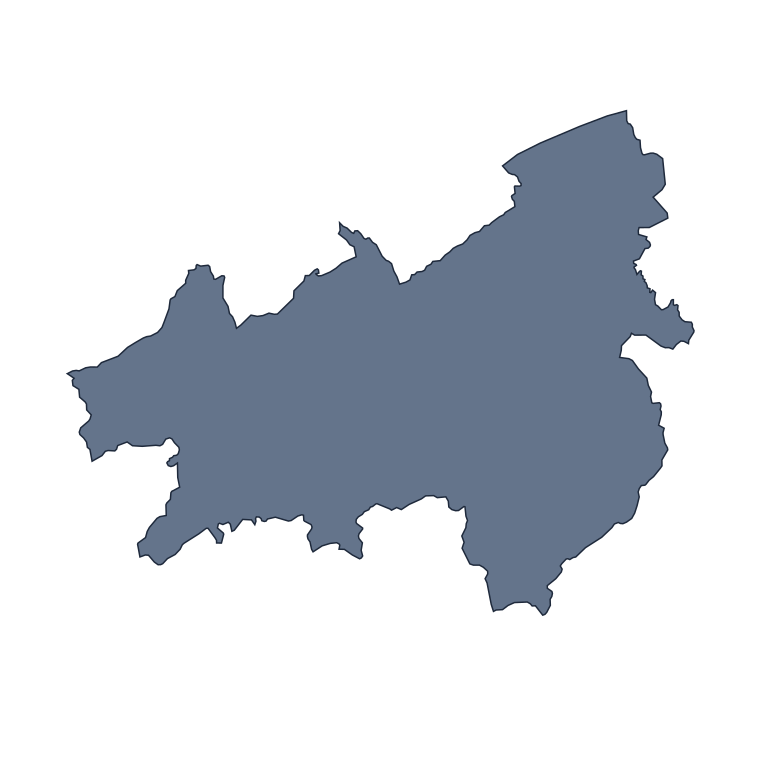 outline of Thanh Son, Phú Thọ, Vietnam, rotated 264°
{"feature_id": "81297802B60314868788909", "entity_name": "Thanh Son", "entity_type": "district", "adm_level": 2, "iso_a3": "VNM", "parent_name": "Vietnam", "parent_adm1": "Phú Thọ", "projection": "robinson", "projection_center": [105.189, 21.087], "detail": "fine", "context": "isolated", "style": "filled", "palette": "slate", "viewbox_px": 768, "rotation_deg": 264, "n_neighbors": 0, "source": "geoboundaries", "source_scale": "gbopen_adm2", "svg_char_len": 6144}
<svg xmlns="http://www.w3.org/2000/svg" viewBox="0 0 768 768"><g transform="rotate(264 384 384)"><path d="M579.0,684.7L584.0,679.3L585.5,675.8L585.7,673.1L584.7,667.0L585.0,665.6L586.4,664.7L592.1,663.8L599.7,664.1L601.0,660.9L603.0,659.6L606.1,658.5L612.9,658.1L616.7,656.1L617.5,654.0L620.4,652.9L630.5,653.7L627.3,634.2L619.7,605.4L607.3,564.7L598.3,540.7L588.5,524.7L580.9,530.0L579.0,533.5L578.6,535.7L576.0,538.4L571.4,539.5L569.0,541.3L567.0,541.0L566.6,539.5L567.2,534.9L566.5,534.3L559.8,534.3L558.0,530.9L557.1,530.4L554.2,531.0L552.0,532.7L546.7,532.7L541.9,522.5L539.8,520.7L538.2,516.3L533.3,508.0L531.0,505.2L530.9,500.4L525.7,494.9L525.0,490.3L522.8,485.1L518.7,481.7L515.0,476.9L513.6,471.5L511.7,467.0L508.5,463.2L505.8,458.3L500.8,452.8L500.8,445.4L498.2,443.2L496.6,438.7L492.9,436.3L491.9,433.6L491.9,428.6L489.6,425.9L489.7,423.0L484.8,420.7L483.0,416.5L481.7,409.9L489.2,408.1L495.2,405.6L502.9,404.1L505.6,401.4L506.7,399.1L511.3,395.5L523.3,390.9L526.1,387.4L530.7,384.7L530.9,383.2L529.9,381.1L530.9,379.3L535.9,376.6L539.2,373.8L539.3,371.0L537.0,369.6L538.1,367.6L542.9,363.6L545.1,359.8L549.0,356.7L541.2,356.4L538.2,354.5L531.1,361.8L526.1,364.6L523.6,368.6L513.4,369.6L508.6,354.8L504.2,348.5L501.0,342.1L498.3,333.3L498.3,330.0L500.1,328.0L500.7,327.8L501.1,330.8L504.3,330.7L505.5,329.6L504.4,326.8L499.7,321.0L500.0,317.1L494.8,315.1L486.1,304.2L478.7,303.0L464.7,285.3L464.8,282.2L466.5,277.0L464.7,270.8L464.5,265.1L466.4,258.9L457.5,247.7L454.8,243.1L461.0,242.2L466.7,240.4L470.3,237.7L477.5,237.0L486.4,232.8L498.8,234.1L506.7,236.7L508.2,236.2L508.6,234.0L505.7,227.4L506.2,225.7L509.1,225.6L513.9,223.3L519.0,222.9L520.5,221.5L520.4,214.0L522.3,210.6L521.6,209.7L518.5,209.0L517.4,207.0L517.3,201.4L514.4,201.4L507.9,197.6L504.9,197.3L498.5,188.2L492.8,185.2L491.0,181.0L489.9,180.1L481.2,178.0L468.4,171.7L463.4,169.1L458.9,164.2L456.1,156.9L455.9,152.9L454.9,149.4L451.1,140.9L447.2,132.8L439.4,122.4L434.8,105.2L430.8,100.6L431.6,93.9L431.3,89.0L428.9,82.2L429.7,79.3L429.5,75.6L427.4,70.1L422.1,76.4L420.2,74.4L414.9,74.5L410.6,80.0L402.7,79.9L397.3,85.0L395.2,86.0L389.3,85.6L383.9,89.6L380.0,88.0L378.1,86.5L372.1,77.8L368.0,75.9L365.5,76.3L361.8,79.6L357.4,82.1L352.0,82.4L349.7,84.7L337.7,85.6L342.3,96.1L346.2,99.8L346.7,102.6L345.6,109.3L347.1,111.2L350.6,112.7L353.2,122.5L348.9,127.4L347.3,137.1L346.9,150.7L346.0,154.7L347.1,157.5L352.0,161.2L352.9,165.2L351.5,167.4L347.6,169.4L342.5,173.4L339.8,173.6L336.2,172.1L334.8,170.3L334.7,167.4L333.2,166.0L332.2,162.9L330.2,162.6L329.4,160.7L328.2,159.8L325.4,160.9L324.2,163.4L324.7,166.2L327.0,170.3L312.6,169.1L302.7,170.0L299.4,161.7L298.1,160.7L291.6,159.5L288.3,155.5L286.6,154.5L276.0,153.7L275.5,147.2L274.1,144.2L265.9,135.7L262.1,133.1L256.2,130.8L251.5,122.7L250.4,122.2L237.5,123.2L238.9,128.8L238.3,131.9L230.9,137.0L227.9,140.4L227.7,143.0L228.4,145.1L233.0,150.4L236.3,158.5L241.0,164.0L245.2,166.6L246.5,168.4L254.4,184.3L259.0,192.0L258.9,193.9L249.0,199.7L246.1,201.1L243.4,200.9L242.8,205.7L251.4,208.9L252.6,208.6L258.2,203.3L262.1,204.6L262.7,205.8L261.1,209.1L262.8,214.7L260.7,216.5L253.4,217.3L254.2,219.8L264.1,229.3L262.7,238.0L257.6,240.8L260.9,242.3L263.6,242.2L265.2,243.2L264.7,246.0L263.0,247.7L260.8,248.2L259.8,250.6L260.0,252.4L261.9,254.0L262.9,262.0L257.7,274.6L257.9,277.4L261.7,284.5L262.5,288.6L261.9,290.2L256.8,290.0L255.9,290.6L251.8,296.8L249.3,297.5L247.4,296.8L241.9,292.1L240.2,291.9L237.9,292.2L234.7,293.9L227.2,294.7L224.5,295.9L229.5,305.6L231.1,313.9L231.1,320.4L229.6,322.6L228.4,323.2L224.4,322.0L223.7,327.3L217.3,334.6L212.7,341.5L213.4,343.3L215.2,344.8L221.0,343.9L228.3,345.9L233.0,342.9L235.6,342.7L237.8,343.6L242.0,347.6L243.0,347.7L248.1,342.2L249.5,341.7L252.3,342.3L254.6,344.6L256.6,348.8L259.1,351.1L260.5,355.6L263.0,357.6L263.4,359.9L265.5,363.2L265.7,364.5L259.2,376.6L257.7,378.3L259.8,383.7L257.3,388.1L261.6,396.4L265.8,409.1L268.4,413.7L267.8,421.8L265.4,425.1L265.3,433.7L260.9,435.7L254.9,435.6L252.0,438.3L250.5,442.0L250.4,444.9L253.8,450.7L253.4,451.7L244.0,451.7L239.5,452.8L236.5,451.2L232.5,450.4L224.7,445.5L218.2,447.1L212.5,444.5L196.1,450.6L194.5,454.0L193.9,460.0L191.3,463.7L187.0,467.5L184.3,467.3L179.8,464.2L175.4,465.7L153.7,467.6L146.4,469.1L147.5,471.9L147.2,478.3L150.8,484.2L153.0,490.9L152.2,503.7L150.1,506.6L147.8,508.1L147.6,511.4L137.5,517.7L138.1,520.0L139.9,522.0L146.5,526.3L152.5,526.7L155.2,528.7L158.1,529.6L160.1,529.3L163.7,525.1L166.4,525.3L172.4,534.5L178.5,540.7L181.3,541.8L184.6,540.3L186.7,542.0L190.9,546.9L191.0,548.6L190.0,550.4L191.6,553.7L191.9,556.6L200.2,567.3L208.8,584.5L217.3,595.6L220.7,598.5L221.8,602.5L220.6,604.5L220.1,607.0L221.3,610.8L224.4,616.3L229.4,619.8L236.6,623.0L245.0,626.0L250.1,625.5L253.4,627.0L256.1,629.3L256.1,632.9L256.9,634.1L260.5,637.5L263.7,642.4L271.2,649.9L273.5,651.9L279.4,652.4L288.8,659.3L290.9,659.2L295.9,657.1L304.4,656.3L306.4,656.4L310.7,658.0L314.3,652.8L324.4,656.5L327.3,656.9L329.7,656.0L333.1,657.2L335.4,657.0L336.6,655.9L336.6,649.6L337.3,648.4L343.7,647.8L348.0,649.2L355.0,646.7L362.4,646.0L372.4,638.6L381.4,633.5L383.6,630.2L385.8,621.1L392.7,623.5L397.3,624.2L405.4,633.8L408.6,635.4L406.4,638.4L405.3,649.6L392.8,663.4L390.7,667.5L390.4,671.2L388.5,674.9L392.7,678.9L395.7,683.7L395.1,686.8L392.3,691.0L395.7,691.7L403.2,697.5L404.7,697.9L408.4,696.6L411.2,696.9L413.3,696.1L414.5,689.8L416.7,687.1L420.7,684.7L424.5,685.0L427.0,683.7L431.2,684.6L432.3,683.5L431.8,681.2L432.6,680.1L437.6,680.6L437.7,679.4L436.8,678.2L434.8,677.4L430.9,674.5L428.8,669.3L428.9,667.6L432.9,664.5L434.5,662.3L440.0,661.9L446.5,663.6L449.3,660.9L447.0,658.9L447.4,657.9L450.9,658.5L452.1,655.9L454.2,656.0L457.4,655.1L458.8,653.6L460.6,654.4L461.5,652.6L464.3,652.8L465.7,651.2L469.3,651.8L469.8,651.1L469.4,650.0L466.5,647.0L471.5,646.0L473.5,644.8L474.3,645.0L475.6,647.5L476.5,647.2L477.9,644.9L480.2,645.0L481.8,651.1L491.4,657.7L491.5,661.0L493.0,662.9L494.4,663.5L497.1,662.9L500.3,659.7L502.8,660.8L506.1,652.8L509.8,652.9L512.9,654.0L511.9,664.2L519.3,683.6L524.4,683.5L541.7,671.2L548.2,680.8L553.2,684.6L579.0,684.7Z" fill="#64748b" stroke="#1e293b" stroke-width="1.5"/></g></svg>